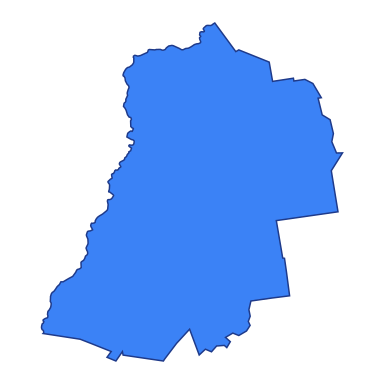 Grafton, New Hampshire, United States of America (Natural Earth projection)
{"feature_id": "52423323B26223057606715", "entity_name": "Grafton", "entity_type": "district", "adm_level": 2, "iso_a3": "USA", "parent_name": "United States of America", "parent_adm1": "New Hampshire", "projection": "natural_earth1", "projection_center": [-72.019, 43.968], "detail": "fine", "context": "isolated", "style": "filled", "palette": "blue", "viewbox_px": 384, "rotation_deg": 0, "n_neighbors": 0, "source": "geoboundaries", "source_scale": "gbopen_adm2", "svg_char_len": 3984}
<svg xmlns="http://www.w3.org/2000/svg" viewBox="0 0 384 384"><path d="M214.8,23.0L214.1,23.4L212.7,24.3L211.9,25.0L210.9,25.5L207.2,25.4L206.2,25.7L203.7,28.0L203.3,28.6L203.3,29.2L204.4,30.9L204.3,31.5L203.3,31.9L201.7,31.7L200.4,32.1L200.0,32.4L199.6,34.9L199.8,35.2L200.6,36.0L200.7,36.4L200.5,36.8L199.7,37.5L199.5,37.9L199.8,39.4L200.6,41.4L200.7,41.9L200.5,42.6L200.0,43.0L198.7,43.6L196.4,43.9L194.3,44.6L192.9,45.6L190.9,46.9L188.4,48.2L185.6,48.5L183.2,49.7L182.4,49.8L181.3,49.6L179.5,48.5L173.3,45.7L171.9,45.4L168.7,46.0L166.4,47.8L165.2,49.5L163.2,50.2L162.1,50.1L160.3,49.4L156.3,49.5L154.8,49.9L149.3,49.5L148.3,50.0L147.7,51.9L147.2,52.5L142.9,54.4L140.6,55.5L139.2,55.8L137.8,56.1L135.8,55.5L134.8,55.3L133.5,56.1L133.3,57.3L133.8,57.9L133.8,61.4L133.7,62.5L133.4,63.2L132.3,64.8L131.7,65.3L129.5,67.0L127.4,67.6L125.7,69.2L123.7,72.7L123.0,75.1L123.4,76.1L124.0,76.2L125.0,78.0L125.4,80.9L127.2,84.4L128.4,85.5L128.9,86.6L129.0,87.6L128.2,89.5L127.3,92.4L127.2,93.7L127.6,95.2L127.5,95.5L127.4,95.9L125.8,99.3L125.9,100.1L125.7,101.6L125.3,102.2L124.3,103.0L124.0,103.6L123.5,106.4L125.0,108.2L126.1,110.3L127.5,114.8L129.1,117.1L130.7,117.5L131.2,118.6L131.4,119.0L131.4,119.4L130.6,120.8L130.6,121.2L130.8,126.6L132.1,127.9L133.2,128.4L133.4,128.8L132.2,131.4L131.8,131.4L131.2,131.0L130.8,131.0L129.5,131.7L127.7,133.3L127.0,136.2L126.9,137.0L131.5,139.6L132.4,139.7L133.6,140.3L134.1,140.9L134.2,141.7L133.9,143.5L133.6,144.2L133.2,144.7L132.6,145.1L131.4,145.2L129.5,144.9L129.1,145.2L128.8,145.9L129.2,146.5L131.5,148.1L130.7,150.7L128.8,151.9L128.9,152.8L127.3,154.5L126.5,156.5L126.2,156.8L125.7,157.1L124.7,158.0L124.5,159.5L123.4,160.4L120.8,161.7L120.1,162.2L119.6,162.9L119.4,163.5L119.4,164.2L120.6,166.1L120.8,166.8L120.6,167.2L119.5,167.8L119.4,167.9L118.8,168.4L118.7,169.0L117.7,170.0L116.1,170.1L115.6,170.0L115.0,170.5L114.7,171.0L114.5,171.8L113.5,173.5L112.4,173.7L111.6,174.5L111.7,175.8L112.1,177.8L112.0,178.3L110.4,179.2L108.0,181.5L108.1,182.5L109.3,184.0L109.6,185.2L109.4,188.8L109.2,189.9L108.7,191.2L108.7,191.6L108.8,191.9L109.8,192.1L112.9,194.5L113.5,195.2L113.6,195.7L111.8,198.5L111.4,198.9L109.8,199.6L108.5,199.6L107.7,199.9L107.5,200.5L107.4,201.3L108.1,204.3L108.1,204.9L107.7,209.0L107.3,209.9L106.8,210.6L102.5,214.1L99.4,215.9L97.5,217.3L96.2,219.0L95.3,220.7L95.1,222.4L94.6,222.8L92.7,223.3L91.6,223.2L91.3,223.6L91.0,224.2L90.7,225.8L91.2,227.1L91.9,228.2L92.0,228.5L92.2,229.0L92.6,229.8L90.4,230.9L89.0,231.0L87.9,231.3L87.3,232.0L86.4,234.8L86.5,235.8L87.9,239.1L88.1,243.3L87.7,244.6L86.9,246.1L86.2,247.6L86.1,248.3L86.8,250.3L87.5,251.6L87.7,253.3L87.3,254.6L85.5,256.1L84.7,258.5L84.0,259.7L83.6,260.3L81.4,261.8L81.0,262.4L81.0,263.3L81.2,267.5L80.4,268.3L79.4,268.9L77.6,269.4L77.1,269.7L76.5,270.5L75.9,271.9L75.4,272.7L72.7,276.4L68.9,278.4L63.1,281.8L60.9,281.8L59.4,284.6L58.3,285.5L56.8,287.1L56.1,288.3L54.5,290.6L53.7,291.5L52.2,292.5L51.3,293.9L50.5,296.6L50.5,297.9L50.3,301.5L50.8,302.3L51.2,303.4L51.1,305.0L50.8,306.7L50.4,307.9L48.8,310.5L48.2,311.0L47.8,311.9L47.5,314.5L47.9,315.6L47.8,317.0L47.5,317.7L45.2,318.5L43.8,319.4L43.2,319.8L43.1,320.2L43.1,320.9L43.8,321.5L43.8,321.8L43.3,323.1L42.2,323.9L41.6,326.1L41.5,327.9L42.1,329.6L43.1,330.3L43.5,330.9L43.5,331.1L43.7,332.5L43.4,333.2L43.1,333.5L80.1,339.2L91.4,343.6L111.2,351.5L107.0,357.3L115.9,361.0L122.4,351.6L123.1,355.1L163.4,361.0L164.7,359.0L176.6,343.3L189.6,329.2L199.2,355.0L205.4,349.2L211.5,351.8L216.6,346.0L224.3,345.4L226.8,347.6L230.3,341.7L225.5,337.4L232.8,333.1L238.8,335.5L246.5,331.0L250.1,325.4L248.3,321.4L250.2,316.2L248.9,309.7L250.9,301.0L271.3,298.1L289.6,295.8L286.4,271.5L284.5,258.3L282.7,258.0L277.5,227.5L276.3,220.6L338.0,211.8L332.6,178.8L331.3,170.7L342.5,152.9L336.5,153.0L331.8,141.7L333.4,133.6L330.1,119.7L322.2,114.9L318.1,98.2L321.3,97.7L312.9,83.5L304.9,79.4L293.9,81.0L293.4,78.2L272.6,81.4L269.2,62.1L238.8,49.9L235.8,51.6L214.8,23.0Z" fill="#3b82f6" stroke="#1e3a8a" stroke-width="1.5"/></svg>